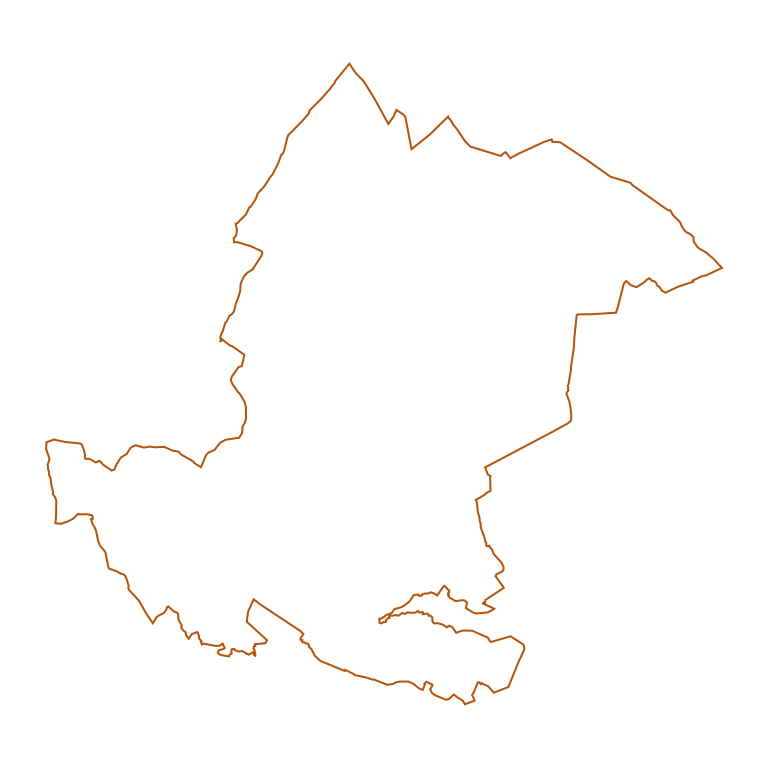 Voinesti, Iasi, Romania (Albers equal-area conic projection)
{"feature_id": "2599482B56486568055847", "entity_name": "Voinesti", "entity_type": "district", "adm_level": 2, "iso_a3": "ROU", "parent_name": "Romania", "parent_adm1": "Iasi", "projection": "albers", "projection_center": [27.415, 47.064], "detail": "fine", "context": "isolated", "style": "outline", "palette": "amber", "viewbox_px": 768, "rotation_deg": 0, "n_neighbors": 0, "source": "geoboundaries", "source_scale": "gbopen_adm2", "svg_char_len": 6076}
<svg xmlns="http://www.w3.org/2000/svg" viewBox="0 0 768 768"><path d="M46.5,442.4L46.1,449.0L49.1,457.7L49.4,459.7L47.7,464.5L48.1,469.1L49.1,472.2L48.8,474.3L50.7,478.6L51.1,483.6L53.1,491.9L52.9,494.1L55.6,498.2L56.3,501.1L56.0,517.2L55.4,523.3L60.8,523.8L68.0,521.4L73.3,518.6L78.2,513.8L80.1,514.4L87.0,514.2L91.9,515.3L92.7,516.7L92.6,519.0L91.0,519.1L92.6,524.1L95.0,528.0L96.0,530.7L98.1,540.8L100.0,545.7L105.3,551.9L108.3,566.8L109.1,568.6L117.4,571.6L119.4,573.1L123.7,574.5L125.0,575.6L127.2,580.6L128.7,586.2L128.3,587.7L128.8,589.6L139.1,600.9L145.7,612.6L152.8,623.3L156.4,617.5L157.9,616.0L163.8,613.0L166.2,610.0L167.1,607.2L168.3,606.5L174.0,611.5L176.8,612.5L177.8,613.6L178.3,615.0L178.4,619.5L181.6,625.2L181.3,628.0L183.6,630.8L185.6,632.2L186.0,635.0L188.7,638.7L191.7,634.2L197.1,632.0L197.9,632.6L198.4,634.8L199.1,635.8L199.0,638.0L199.4,639.0L201.3,640.7L201.5,641.2L200.8,641.6L201.9,644.4L203.4,643.6L216.1,646.0L219.2,645.8L221.3,644.8L222.2,643.6L223.2,644.1L223.3,645.2L224.7,648.0L223.6,649.0L219.0,650.2L217.7,652.6L218.7,653.8L221.1,655.1L228.9,656.4L229.6,654.8L231.8,653.5L231.2,652.3L231.8,649.2L234.3,648.9L234.8,650.1L239.0,651.6L241.9,651.0L245.8,652.9L246.5,654.0L247.4,653.8L248.8,654.7L252.8,652.3L254.2,655.1L255.2,655.7L255.4,654.4L254.5,650.9L254.6,650.1L253.4,648.4L253.8,646.6L255.3,646.1L254.6,644.8L255.0,644.1L265.3,643.3L267.0,640.2L246.8,621.7L248.1,611.6L253.7,599.3L260.5,604.6L300.1,630.8L303.4,634.0L300.6,638.3L300.4,639.7L302.4,640.2L302.0,641.3L302.3,642.2L305.3,642.7L306.0,643.6L307.2,643.3L308.6,644.3L308.9,646.8L311.4,649.0L314.7,655.6L319.7,660.4L321.3,661.3L344.6,670.9L345.1,669.8L353.7,674.0L354.7,675.1L366.2,677.5L372.8,679.7L373.9,679.5L387.2,684.8L393.1,684.0L395.9,682.4L399.7,681.5L408.4,681.6L413.0,683.6L419.7,688.8L422.8,689.9L424.9,684.4L424.4,683.9L426.3,681.7L432.3,684.7L432.5,685.6L430.1,689.1L432.1,693.2L435.3,695.3L445.8,699.7L448.9,699.0L453.9,694.5L457.1,697.2L462.9,700.8L464.9,704.3L474.7,700.6L472.1,695.0L473.8,692.3L477.9,682.3L479.3,682.3L480.8,684.1L481.9,683.0L482.6,683.9L488.0,686.1L493.8,692.7L508.4,687.0L518.4,662.2L524.3,649.5L524.2,647.4L523.3,644.5L510.5,636.3L491.0,642.0L490.2,641.5L487.6,637.5L472.1,630.7L462.7,630.5L456.2,632.8L452.3,627.1L449.3,625.7L446.9,627.3L442.9,624.7L437.7,623.2L434.0,623.4L432.5,621.6L432.3,617.3L430.1,615.5L428.6,615.8L428.1,614.0L427.1,613.5L423.0,614.3L422.7,614.0L423.1,612.8L422.4,612.0L419.5,612.6L418.0,611.0L415.5,612.6L410.3,612.9L407.8,612.2L405.0,613.9L402.3,613.0L398.4,615.7L395.2,615.0L392.3,615.8L389.6,615.5L389.2,616.3L389.4,618.0L388.2,618.1L386.0,620.0L386.2,621.3L385.9,621.8L383.2,622.2L381.5,623.4L379.6,622.8L379.2,618.8L380.9,618.6L384.5,616.6L385.9,615.2L391.7,613.0L394.1,609.6L395.1,608.9L401.1,607.3L405.0,605.0L409.7,601.2L413.6,595.3L414.4,594.9L418.5,594.6L419.0,595.8L420.2,595.9L421.8,595.5L422.0,594.4L425.2,593.5L427.8,593.6L430.6,592.3L433.4,593.1L437.1,595.5L444.0,585.8L445.0,586.2L448.5,590.2L449.3,590.3L449.1,592.4L448.3,592.6L447.9,593.4L448.8,594.8L448.2,595.1L448.2,595.7L449.7,597.7L455.8,601.2L461.8,600.2L464.8,600.5L466.9,602.5L467.1,603.1L465.9,608.1L473.0,612.5L476.3,613.5L487.5,612.5L494.0,609.2L494.3,608.7L483.0,603.5L483.8,602.4L485.1,602.3L485.4,600.0L503.8,587.8L495.5,576.1L496.4,574.4L502.4,571.4L503.5,569.3L503.5,566.8L501.4,562.6L493.7,554.0L492.0,549.5L489.6,546.8L489.4,545.8L487.0,546.2L486.2,545.1L486.3,542.7L485.4,541.7L483.9,535.5L483.0,534.2L483.1,533.6L480.8,527.7L480.6,523.2L479.9,521.9L479.4,517.2L478.0,512.6L476.7,501.7L475.8,500.0L484.2,495.0L487.1,492.5L490.5,491.0L490.2,477.8L490.5,476.1L487.8,474.5L485.1,467.4L551.0,432.6L567.8,423.4L570.8,420.9L571.2,419.1L571.2,414.3L570.5,407.6L569.4,401.6L566.4,393.7L567.1,391.9L568.5,390.3L568.0,389.3L568.2,387.5L567.8,385.7L568.5,384.4L571.0,369.5L571.0,366.8L573.9,347.3L574.3,338.6L576.7,315.0L578.0,314.4L592.3,314.2L616.0,312.7L617.8,307.2L623.8,283.7L626.2,281.0L630.7,285.1L636.5,287.2L644.5,282.1L645.9,280.4L649.2,278.2L652.4,281.0L654.7,281.4L656.4,283.3L656.7,284.7L657.9,286.1L659.3,286.7L662.0,290.7L665.4,292.7L678.1,286.7L693.3,281.7L692.8,280.5L701.9,276.3L706.3,275.3L721.9,267.9L713.9,259.2L706.4,252.7L698.8,248.3L697.4,246.9L693.8,241.7L693.3,236.8L689.9,233.9L686.1,232.0L684.4,230.2L682.0,226.8L680.1,222.2L673.0,215.2L670.2,210.2L668.2,210.3L665.9,208.8L632.3,185.0L630.5,182.8L610.6,176.8L587.4,160.4L560.1,142.2L552.4,141.9L551.6,139.4L544.3,141.8L518.7,153.6L510.3,158.1L505.6,152.1L502.1,154.4L500.9,156.0L470.4,146.6L465.3,141.6L456.3,128.3L453.4,124.9L450.5,119.8L448.4,117.7L448.1,116.6L429.7,134.6L411.5,149.2L405.3,116.6L403.0,114.3L396.4,109.9L393.7,116.4L388.3,123.9L374.8,99.2L364.9,83.2L363.1,80.6L355.6,73.0L349.4,63.7L334.9,81.5L334.7,82.8L329.2,89.8L321.1,99.0L309.4,110.6L309.0,113.2L301.9,121.4L288.3,135.1L287.4,137.3L283.9,151.4L283.0,153.2L281.2,155.0L277.9,164.0L272.4,174.6L270.6,176.6L264.5,186.1L257.8,193.4L255.6,199.2L250.3,207.2L249.3,207.4L245.9,214.5L237.1,223.4L235.6,223.7L236.9,229.5L236.2,235.5L233.7,238.2L234.1,242.4L237.5,242.2L251.0,246.3L261.5,251.2L262.4,252.8L261.5,255.6L252.8,269.2L247.4,272.7L243.9,276.4L240.7,283.5L240.1,291.4L237.8,299.1L237.0,300.1L236.9,301.5L235.7,303.4L235.3,306.2L233.9,311.5L232.1,314.0L229.4,315.8L226.4,322.1L225.2,322.9L223.1,330.2L220.7,335.3L220.2,337.8L221.2,338.8L220.4,341.2L221.0,341.2L221.9,339.2L229.8,345.4L232.4,346.3L244.4,354.9L241.8,366.1L238.6,367.1L231.6,376.9L230.9,380.3L232.4,384.0L237.9,391.9L239.7,393.7L243.6,399.9L245.0,403.2L246.0,408.2L246.0,418.2L244.9,422.7L242.5,426.8L242.1,432.9L239.2,437.7L225.5,439.8L219.9,442.9L214.6,449.9L208.4,452.6L206.1,455.1L201.0,467.2L194.5,463.2L193.4,461.7L191.1,460.1L181.1,454.5L178.4,451.6L172.5,450.6L164.2,446.9L155.1,447.3L149.9,446.6L143.9,447.6L135.8,445.3L132.2,446.7L130.3,448.2L126.8,453.8L120.8,457.6L116.5,464.5L114.4,469.5L111.7,470.5L103.1,464.7L100.1,461.2L99.1,460.9L95.8,462.5L89.6,458.9L85.5,458.9L84.9,457.8L84.9,454.5L84.1,450.6L81.9,444.7L80.3,443.5L64.6,441.9L53.8,439.5L46.5,442.4Z" fill="none" stroke="#b45309" stroke-width="2"/></svg>